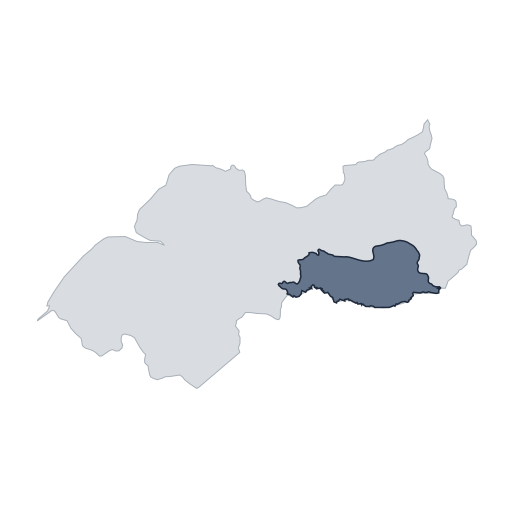 IX-1 Rupununi West, Upper Takutu-Upper Essequibo, Guyana shown in context, rotated 268°
{"feature_id": "73187651B14852666038275", "entity_name": "IX-1 Rupununi West", "entity_type": "district", "adm_level": 2, "iso_a3": "GUY", "parent_name": "Guyana", "parent_adm1": "Upper Takutu-Upper Essequibo", "projection": "robinson", "projection_center": [-59.236, 3.169], "detail": "fine", "context": "in_parent", "style": "filled", "palette": "slate", "viewbox_px": 512, "rotation_deg": 268, "n_neighbors": 0, "source": "geoboundaries", "source_scale": "gbopen_adm2", "svg_char_len": 9637}
<svg xmlns="http://www.w3.org/2000/svg" viewBox="0 0 512 512"><g transform="rotate(268 256 256)"><path d="M160.2,236.4L149.0,222.2L137.7,208.0L126.6,194.0L125.8,192.1L130.5,185.4L134.6,180.6L138.1,177.9L139.7,175.5L138.5,165.2L138.6,161.5L137.0,157.5L135.8,153.0L137.2,149.3L138.9,146.6L141.0,145.6L146.2,144.7L149.9,144.3L151.2,142.8L153.3,141.1L156.1,141.0L161.5,142.2L164.0,139.9L168.5,136.9L178.7,131.6L180.9,128.1L182.5,122.7L182.3,120.2L181.3,119.3L178.8,118.4L175.0,118.3L171.9,119.6L168.7,118.9L166.0,115.6L165.9,112.8L167.5,109.0L166.6,106.4L161.5,98.3L161.5,96.0L165.2,92.4L167.3,89.3L170.1,81.9L172.4,79.4L179.4,78.5L181.2,76.9L184.8,73.0L190.2,68.5L197.9,64.9L200.1,58.4L201.5,56.6L207.6,53.2L208.7,51.4L208.5,49.8L198.7,35.1L200.6,36.1L208.3,45.7L212.5,47.7L213.4,47.8L213.4,45.3L217.3,46.4L227.3,52.9L241.9,63.7L262.5,84.0L268.4,91.8L272.3,95.5L278.4,104.3L280.2,108.7L280.0,126.0L274.6,137.7L273.3,146.5L273.0,158.2L269.9,164.9L274.1,161.2L275.3,150.7L278.9,144.3L283.5,137.2L289.7,135.5L296.4,138.5L301.7,139.1L306.4,141.1L316.5,152.4L326.3,161.3L329.9,168.5L340.3,172.0L346.5,177.7L348.4,182.5L349.7,195.3L347.7,214.6L348.2,215.5L345.4,219.3L344.9,221.7L343.1,226.0L341.7,228.3L343.8,233.7L346.1,233.9L347.0,234.6L347.6,235.6L347.5,236.8L346.6,237.8L344.3,239.1L342.2,242.1L342.4,245.5L341.1,247.3L336.8,248.2L328.3,248.2L324.2,248.5L320.9,249.0L318.7,251.2L316.0,252.8L313.8,253.1L311.9,255.7L310.0,259.3L310.6,261.8L312.6,265.1L313.8,268.5L312.2,273.9L310.6,278.2L309.6,281.4L308.3,287.6L305.0,294.4L302.7,298.3L302.7,302.5L303.9,308.5L310.5,317.2L312.7,321.4L314.5,328.1L320.4,333.4L324.2,337.6L323.9,343.3L324.4,345.0L326.7,346.4L329.5,347.5L332.6,347.4L335.4,347.0L336.1,346.2L342.6,346.1L343.3,347.5L343.7,355.6L343.9,358.9L345.5,360.2L346.4,362.2L346.4,364.0L346.7,368.6L347.7,370.9L347.6,375.8L348.2,377.6L350.0,378.8L352.3,382.2L353.1,382.7L353.5,383.9L355.5,388.8L356.5,390.3L357.2,390.5L357.4,392.2L358.8,396.9L359.8,398.0L361.6,401.4L362.3,405.1L364.7,409.3L367.2,412.2L368.3,415.2L371.4,421.9L374.4,426.7L378.5,427.9L381.9,428.5L384.1,430.4L386.2,432.3L383.9,433.2L381.9,434.4L379.1,433.5L375.2,434.0L371.1,435.3L367.4,436.0L360.3,433.9L358.2,433.6L356.7,432.7L353.8,428.5L352.4,428.0L348.7,430.0L344.1,431.3L341.9,431.0L339.2,432.5L336.8,434.3L332.2,442.4L329.8,445.3L327.2,446.6L322.0,446.6L316.5,446.9L312.4,448.9L308.5,449.9L306.6,450.0L305.9,454.4L305.0,456.5L303.8,457.7L300.8,458.0L298.1,457.9L296.5,456.0L293.4,455.1L290.7,454.4L289.0,453.4L287.6,453.6L286.4,455.5L285.5,457.1L284.6,460.0L280.5,460.9L278.8,462.6L279.8,468.1L279.3,470.2L278.5,471.9L273.5,472.2L269.3,472.1L266.9,474.1L263.9,476.4L262.0,476.9L259.9,476.7L257.0,474.0L254.2,470.7L247.2,468.3L240.3,466.4L235.7,461.0L234.7,458.4L232.5,457.3L227.1,450.9L224.1,446.9L220.9,445.8L217.2,444.1L217.3,441.2L217.1,438.3L215.5,437.2L213.2,436.4L212.4,434.8L212.7,431.1L213.1,421.5L212.5,412.4L207.5,409.2L205.3,407.0L201.6,393.5L199.8,387.4L199.7,382.8L201.0,369.3L202.4,363.5L206.2,351.7L208.5,347.7L208.6,344.8L208.4,341.0L207.2,333.4L213.7,328.7L216.5,326.7L217.0,323.5L220.5,319.5L222.0,315.6L223.3,312.6L223.0,311.0L221.4,310.1L219.7,307.2L215.9,299.0L214.5,297.3L213.4,295.0L214.0,291.3L215.4,287.4L215.3,285.7L213.0,283.6L208.4,280.0L204.5,279.7L201.5,278.5L197.1,278.3L193.6,277.9L191.6,276.6L192.0,274.4L192.9,272.7L195.9,268.5L197.8,264.1L198.1,259.8L198.7,254.1L199.6,249.1L200.0,243.5L195.4,239.8L193.9,236.8L192.0,234.1L189.9,234.1L186.7,233.0L181.8,236.5L177.9,235.9L175.2,237.2L169.0,236.9L165.0,235.2L160.2,236.4Z" fill="#d9dde1" stroke="#a8b0b8" stroke-width="1"/><path d="M226.8,277.3L226.3,277.6L225.7,277.9L225.3,278.1L224.9,278.6L224.6,279.0L224.2,279.4L223.7,279.8L223.3,280.2L222.9,280.7L222.6,281.1L222.3,281.6L222.1,282.3L222.1,282.8L222.1,283.3L222.1,283.8L221.9,284.3L221.3,285.2L220.9,285.5L220.4,285.7L220.0,285.9L219.5,286.1L218.5,286.4L217.1,285.7L216.8,286.0L216.6,288.1L213.7,291.5L215.0,292.5L213.5,294.5L214.1,297.6L216.4,299.8L219.8,300.6L218.1,304.4L219.9,305.4L221.3,308.9L222.1,308.5L221.5,310.6L223.6,309.9L225.2,312.0L224.5,313.2L222.6,313.4L222.4,315.2L221.9,314.5L221.1,315.3L221.8,319.6L220.8,319.8L220.9,320.9L220.0,320.5L219.1,321.6L219.2,320.7L216.5,323.1L217.1,326.5L213.1,329.1L212.0,331.1L207.4,332.4L206.3,334.9L207.8,335.4L208.1,336.9L209.9,338.2L207.9,343.2L209.4,343.0L209.9,347.0L208.3,347.5L208.6,348.8L205.4,354.2L206.1,355.3L204.4,356.1L204.8,359.5L203.7,359.8L204.4,360.1L203.8,360.8L204.3,362.0L203.7,361.5L201.8,363.8L201.5,367.7L202.3,368.7L201.7,371.5L200.4,372.9L200.0,387.5L201.8,392.1L201.0,393.1L203.3,394.5L202.8,395.6L205.0,399.9L205.4,403.3L204.4,405.4L205.0,407.0L206.4,407.2L207.9,409.6L208.6,409.1L210.9,411.8L213.4,411.3L214.2,412.2L213.3,419.0L214.3,421.9L213.6,423.4L213.5,425.8L214.3,427.2L213.6,428.9L212.3,434.8L212.7,437.3L215.8,437.6L216.6,438.5L217.4,436.6L218.1,438.2L217.8,439.9L218.4,438.0L218.6,438.6L218.6,438.8L218.8,438.2L218.8,437.7L218.8,437.0L218.8,436.4L218.8,435.9L218.8,435.4L219.0,434.8L219.1,434.3L219.3,433.7L219.6,433.0L219.8,432.5L220.1,431.9L220.5,431.5L221.0,431.2L221.5,430.8L222.0,430.2L222.2,429.7L222.4,429.1L222.6,428.7L222.9,428.3L223.4,427.9L224.5,427.2L225.1,427.2L225.7,427.4L226.8,427.4L227.3,427.6L227.9,427.7L228.5,427.7L229.2,427.5L229.6,427.3L230.1,427.0L230.6,426.9L231.0,426.7L231.4,426.5L231.8,426.1L232.2,425.5L232.3,425.0L232.5,424.5L232.6,423.4L232.6,422.8L232.7,422.2L232.8,421.7L232.9,421.2L233.0,419.8L233.2,419.3L233.5,418.9L233.8,418.4L234.1,418.1L234.5,417.7L235.0,417.5L235.4,417.3L235.9,417.1L236.3,417.1L236.8,417.1L237.4,417.1L237.9,417.2L238.6,417.4L239.1,417.6L239.7,417.8L240.3,417.9L240.8,417.8L241.3,417.7L241.7,417.5L242.2,417.2L242.7,417.0L243.2,416.8L243.8,416.9L244.2,417.0L244.7,417.2L245.2,417.5L245.6,417.8L246.1,418.2L246.6,418.6L247.2,418.8L247.8,419.0L248.2,418.9L248.8,419.1L249.3,419.1L249.9,419.4L250.4,419.5L251.0,419.5L251.6,419.5L252.1,419.2L252.6,419.0L253.2,418.9L253.7,418.6L254.1,418.4L254.6,418.2L255.0,417.9L255.4,417.5L255.8,417.2L256.7,416.6L257.7,416.1L258.1,415.8L258.5,415.5L258.9,415.2L259.3,414.8L259.8,414.5L260.2,414.1L260.6,413.5L261.0,413.2L261.3,412.7L261.6,412.1L262.0,411.6L262.4,411.0L262.7,410.5L263.0,409.9L263.3,409.5L263.7,408.9L264.1,408.3L264.4,407.9L264.7,407.2L264.9,406.6L265.2,406.1L265.4,405.5L265.6,404.9L265.8,404.3L265.9,403.7L266.0,403.1L266.1,402.5L266.3,401.8L266.4,401.3L266.5,400.8L266.5,400.2L266.5,399.6L266.4,398.9L266.4,398.3L266.3,397.8L266.1,397.0L266.0,396.5L265.9,396.0L265.7,395.5L265.4,394.2L265.2,393.5L265.1,392.8L265.0,392.3L265.0,391.7L264.8,390.7L264.7,390.1L264.6,389.5L264.5,388.9L264.5,388.3L264.5,387.6L264.3,387.0L264.0,386.5L263.8,385.9L263.5,385.4L263.4,384.9L263.1,384.3L263.0,383.8L262.8,383.2L262.4,381.8L262.3,381.2L262.1,380.6L262.1,380.0L262.0,379.4L261.9,378.8L261.8,377.6L261.7,377.0L261.7,376.4L261.5,375.8L261.3,375.3L260.9,374.7L260.6,374.2L260.0,373.7L259.4,373.3L258.8,373.1L258.3,373.0L257.9,372.9L257.4,372.9L256.9,372.9L256.3,373.0L255.8,373.0L255.3,373.2L254.8,373.3L254.3,373.4L253.7,373.5L253.3,373.5L252.7,373.6L252.1,373.7L251.2,373.8L250.6,373.7L250.1,373.6L249.5,373.5L249.0,373.3L248.5,373.2L248.1,372.6L248.0,372.1L247.8,371.6L247.6,371.1L247.4,370.4L247.2,369.8L247.1,369.3L247.1,368.5L247.0,367.9L247.0,367.2L247.0,366.5L247.0,365.8L247.1,365.1L247.1,364.3L247.2,363.5L247.4,362.6L247.6,361.8L247.7,361.3L247.9,360.4L248.1,359.7L248.3,359.1L248.5,358.3L248.8,357.5L248.9,357.0L249.2,356.3L249.4,355.8L249.7,355.0L249.9,354.4L250.1,353.7L250.4,352.9L250.7,352.0L250.9,351.4L251.0,350.9L251.2,350.3L251.5,349.6L251.6,348.9L251.8,348.1L251.9,347.4L252.0,346.7L252.1,346.1L252.1,345.5L252.0,344.7L252.0,344.1L252.1,342.9L252.2,342.3L252.9,334.4L253.2,334.0L253.6,333.5L254.0,333.2L254.3,332.7L254.5,332.0L254.8,330.7L255.0,330.1L255.2,329.1L255.4,328.4L255.6,328.0L256.0,327.6L256.4,327.1L256.6,326.6L256.9,326.2L257.6,325.1L258.0,324.7L258.3,324.3L258.6,323.9L258.8,323.2L258.8,322.7L259.0,322.1L259.2,321.6L259.5,321.1L259.9,320.6L260.2,320.1L260.5,319.6L260.4,319.0L260.2,318.6L259.8,318.3L259.2,318.2L258.8,318.2L258.3,318.4L257.9,318.8L257.5,319.0L257.0,318.8L256.4,318.8L256.0,318.9L255.4,318.9L254.9,318.7L254.6,318.3L254.8,317.7L255.1,317.2L255.4,316.9L255.8,316.6L256.2,316.4L256.6,315.8L256.9,314.9L257.1,314.4L257.3,313.8L257.6,313.1L257.7,312.2L257.7,311.6L257.6,311.1L257.5,310.4L257.5,309.8L257.4,309.1L256.9,309.1L256.4,309.1L255.8,309.1L255.3,308.8L254.9,308.3L254.5,307.9L254.2,307.5L253.9,307.1L253.2,305.8L252.8,305.1L252.6,304.7L252.3,304.3L251.7,303.8L251.3,303.4L251.0,302.8L250.8,302.3L250.8,301.6L250.7,300.9L250.7,300.3L250.7,299.6L250.6,299.1L250.5,298.5L250.3,297.9L249.7,297.7L249.1,297.9L248.7,297.9L248.2,298.0L247.7,298.2L247.3,298.5L246.8,298.8L246.4,299.0L246.0,299.4L245.6,299.7L244.9,299.8L244.3,299.8L243.8,299.7L243.3,299.6L242.4,299.4L241.8,299.4L241.3,299.5L240.8,299.6L240.4,299.8L240.0,299.9L239.4,300.0L238.8,300.0L237.6,299.9L236.9,299.9L236.4,299.8L235.4,300.0L234.7,300.0L234.2,300.2L233.7,300.2L233.1,300.0L232.7,299.8L232.2,299.5L231.7,299.4L230.7,299.1L230.3,299.0L229.8,298.8L229.3,298.6L228.7,298.2L227.8,297.6L227.3,297.1L227.0,296.7L226.7,296.2L226.8,295.5L227.0,295.0L227.4,294.5L227.8,294.0L228.2,293.5L228.5,293.0L228.6,292.5L228.6,291.8L228.4,291.2L228.2,290.7L228.2,290.1L228.4,289.5L228.3,288.8L228.1,288.0L227.9,287.5L227.6,286.8L227.6,286.3L227.8,285.8L228.1,285.4L228.6,285.0L228.9,284.6L229.3,284.2L229.6,283.8L229.8,283.2L229.5,282.7L229.1,282.1L228.8,281.8L228.2,281.6L227.8,281.3L227.6,280.9L227.6,280.1L227.9,279.5L228.0,279.0L227.9,278.4L227.7,277.9L227.3,277.6L226.8,277.3Z" fill="#64748b" stroke="#1e293b" stroke-width="1.5"/></g></svg>